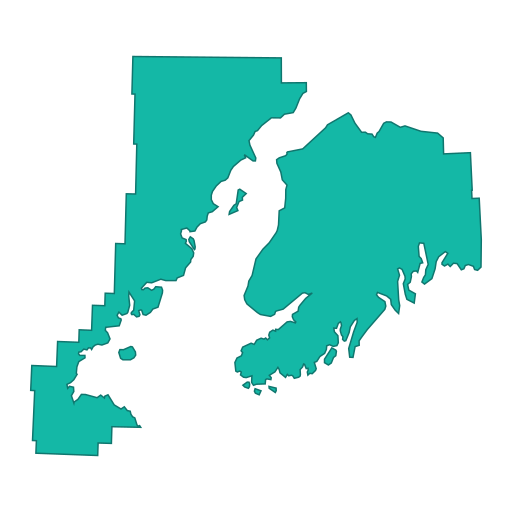 outline of Kenai Peninsula, Alaska, United States of America
{"feature_id": "52423323B64721050065013", "entity_name": "Kenai Peninsula", "entity_type": "district", "adm_level": 2, "iso_a3": "USA", "parent_name": "United States of America", "parent_adm1": "Alaska", "projection": "albers", "projection_center": [-151.789, 60.039], "detail": "fine", "context": "isolated", "style": "filled", "palette": "teal", "viewbox_px": 512, "rotation_deg": 0, "n_neighbors": 0, "source": "geoboundaries", "source_scale": "gbopen_adm2", "svg_char_len": 6084}
<svg xmlns="http://www.w3.org/2000/svg" viewBox="0 0 512 512"><path d="M470.4,152.7L443.6,153.9L443.2,137.9L437.6,133.1L421.0,131.3L405.0,125.9L400.3,127.3L391.0,122.0L386.4,121.9L383.7,123.3L379.0,131.6L377.2,133.1L375.4,137.4L373.7,136.7L372.0,134.1L367.6,133.8L365.4,132.2L361.6,132.3L354.9,123.1L350.9,114.9L348.3,112.8L327.5,124.8L325.6,127.8L302.7,148.9L287.5,151.9L286.9,152.5L287.0,154.2L285.7,155.7L279.3,157.8L276.6,159.7L276.9,163.3L280.8,172.0L282.3,179.8L287.0,185.1L285.8,189.6L285.7,198.3L284.7,207.9L279.2,210.8L278.5,225.0L277.2,230.6L276.1,232.8L269.3,242.7L262.9,249.2L256.0,258.9L252.1,275.5L248.8,281.1L248.0,286.0L244.1,295.5L244.7,299.7L246.9,303.9L257.3,312.5L260.4,314.5L270.6,316.4L274.6,314.3L275.5,311.6L276.3,311.0L283.2,309.1L302.4,293.1L305.0,292.7L308.3,294.4L312.3,293.0L305.7,298.4L300.0,305.2L298.7,307.2L298.1,311.2L292.5,314.4L292.3,316.7L293.6,319.8L295.8,321.9L295.4,322.9L290.4,321.4L287.1,321.9L278.3,329.6L275.7,329.3L275.6,331.2L272.9,330.1L269.7,332.2L268.8,335.1L269.6,337.9L267.4,339.8L265.7,338.0L264.0,339.1L261.1,338.2L256.7,340.2L254.2,344.4L251.1,343.2L242.7,347.1L241.1,350.8L242.6,352.6L241.4,355.8L237.0,358.0L234.9,362.5L235.8,371.1L237.3,372.0L239.8,371.1L241.3,372.1L240.5,374.9L243.5,377.2L246.2,377.6L251.9,375.8L251.6,382.4L253.5,385.3L256.5,384.2L265.2,383.9L265.6,379.6L266.8,378.9L270.9,379.6L271.2,377.7L269.3,375.3L274.9,371.9L277.9,367.4L279.2,369.5L280.0,372.8L285.5,377.4L287.3,374.4L288.7,375.8L291.5,375.2L292.8,375.9L294.3,378.3L298.7,377.2L300.1,376.1L300.4,374.5L300.1,369.6L302.6,366.9L303.6,364.0L304.5,364.3L306.2,368.6L308.0,368.3L308.2,370.2L307.3,372.0L307.9,375.1L309.8,373.3L312.2,373.7L315.5,370.5L316.2,368.7L314.3,362.4L316.8,361.4L319.9,356.5L324.6,353.4L326.4,349.4L326.7,345.8L329.6,344.7L333.3,346.4L336.9,345.6L338.3,342.8L337.9,335.7L334.4,331.8L333.8,328.1L336.5,328.3L338.3,323.4L340.4,321.8L341.1,323.1L341.5,325.7L340.3,329.2L340.3,330.9L341.5,335.0L342.9,336.7L342.6,339.4L344.3,341.1L345.8,340.7L349.1,332.6L350.3,326.8L354.4,320.4L357.0,318.6L357.2,322.2L353.6,332.0L348.7,348.5L349.7,357.2L353.0,357.4L355.1,346.6L359.2,345.3L359.1,340.8L362.2,336.4L367.4,329.4L384.8,309.4L385.8,306.1L384.9,301.6L378.5,297.3L376.5,294.8L377.5,292.4L386.6,295.9L390.7,299.3L391.3,304.6L395.2,310.2L398.6,313.5L399.7,305.6L398.7,299.9L397.6,281.4L399.5,275.2L397.6,268.9L399.4,267.9L402.1,269.4L405.0,276.3L405.2,279.0L403.3,283.7L405.3,294.3L406.9,299.3L414.2,303.1L415.4,293.8L408.8,290.1L407.6,284.4L410.2,282.2L411.4,276.7L411.2,273.8L413.4,271.2L416.5,271.0L417.7,272.4L420.1,263.4L422.7,262.8L421.2,258.6L419.1,256.4L418.3,246.4L419.5,242.9L423.8,243.3L428.2,264.4L425.8,269.7L425.4,274.9L423.7,277.4L421.9,282.0L424.5,284.1L431.9,278.6L435.1,268.8L436.2,261.6L438.7,256.7L445.3,251.6L447.8,253.3L442.0,262.7L442.0,264.3L444.5,266.0L447.9,264.1L450.2,266.5L453.5,263.2L457.1,263.6L461.3,269.8L463.9,268.8L465.3,265.5L468.4,264.5L473.4,266.3L474.6,269.5L477.6,270.3L481.0,267.1L481.3,239.7L479.2,198.2L472.0,198.5L471.6,190.2L472.2,190.2L470.4,152.7ZM35.9,453.2L97.7,455.5L98.1,443.0L111.4,443.4L111.9,426.7L140.7,427.3L139.6,425.6L138.2,426.2L137.0,425.0L134.8,417.9L132.6,416.8L130.9,414.2L130.2,411.2L127.3,410.6L124.3,406.8L121.0,409.0L114.2,404.9L108.0,394.8L104.8,396.2L104.4,398.0L100.7,395.1L97.1,397.7L85.4,394.5L81.4,394.4L77.9,399.4L74.1,402.0L73.9,403.1L71.4,395.7L73.8,391.5L73.5,387.2L69.5,386.3L67.7,388.3L66.9,384.4L70.6,382.6L73.8,379.7L77.1,374.3L76.3,373.4L76.9,366.8L78.8,361.6L85.0,357.8L84.9,355.4L79.8,355.4L78.5,353.8L78.8,352.1L81.0,351.8L83.8,349.1L87.0,349.9L88.4,347.9L90.6,347.9L91.6,349.5L93.1,346.8L95.3,345.0L97.9,344.2L101.9,345.0L107.8,342.9L110.0,338.9L107.6,332.8L105.3,330.3L105.7,327.3L119.2,325.8L121.2,320.0L120.8,318.7L118.4,317.9L117.1,315.3L118.9,312.1L122.1,315.2L126.9,313.5L127.8,312.3L129.7,305.2L128.7,296.0L129.0,292.1L134.6,300.9L133.7,310.2L131.4,312.5L131.2,313.7L131.8,314.6L133.8,314.4L136.6,316.9L139.1,316.3L139.9,314.8L138.7,310.6L140.8,309.9L141.7,310.3L143.1,314.5L146.0,315.2L150.4,312.4L152.9,309.0L158.0,307.2L162.4,292.9L162.6,290.2L161.5,287.2L155.7,286.7L153.8,289.2L151.6,290.3L147.8,287.8L145.0,288.1L143.4,289.7L141.9,289.6L141.4,288.2L146.8,282.3L151.7,282.8L160.8,279.2L165.8,280.6L176.0,280.6L177.2,277.9L183.5,275.4L185.6,267.8L190.6,262.0L190.8,259.6L193.2,256.3L193.7,252.9L191.8,248.7L185.4,243.3L186.3,241.3L186.1,239.6L182.1,237.9L180.6,233.9L181.5,230.8L181.3,229.5L186.8,228.0L189.8,230.7L190.0,231.7L194.9,231.0L197.0,227.1L200.3,223.7L205.4,221.9L206.8,219.9L207.2,216.1L208.3,212.9L212.3,211.7L218.1,206.7L213.3,203.7L211.3,199.6L211.3,195.2L212.5,191.4L216.3,185.9L221.1,181.4L225.2,180.2L227.8,177.9L230.8,170.3L233.4,166.5L240.8,160.1L245.6,157.8L244.5,155.4L244.8,155.0L253.0,160.9L255.4,160.9L255.8,158.0L249.9,145.1L249.0,140.6L253.5,135.1L255.1,131.5L257.5,130.6L261.6,125.6L271.4,117.8L280.5,117.9L284.4,114.2L293.2,112.6L295.9,108.1L299.6,98.8L302.9,93.4L306.4,91.5L306.3,82.7L281.4,82.9L281.3,57.9L132.9,56.5L131.9,94.0L135.0,94.1L133.7,144.0L136.8,144.1L135.6,194.0L126.3,193.8L125.0,243.8L115.7,243.5L114.3,293.5L105.2,293.2L104.8,305.7L92.5,305.3L91.6,330.3L79.2,329.8L78.8,342.3L57.6,341.5L56.6,366.5L31.8,365.5L30.7,390.4L34.7,390.6L32.5,440.5L36.4,440.7L35.9,453.2ZM119.9,349.6L118.8,352.5L120.6,358.3L122.9,359.8L130.4,359.8L133.9,357.8L135.7,355.1L135.4,351.9L132.4,346.9L130.8,346.5L123.5,349.7L119.9,349.6ZM229.6,211.5L229.1,214.4L237.9,210.6L236.6,207.5L239.1,201.5L242.5,200.1L242.3,197.3L246.2,193.6L239.8,189.2L238.2,190.0L236.2,203.8L233.9,205.3L229.6,211.5ZM324.5,359.2L324.5,362.7L328.4,365.0L331.3,363.0L333.5,357.5L335.8,355.7L336.4,351.3L335.8,350.1L331.8,347.9L324.5,359.2ZM188.8,239.4L189.3,241.7L194.4,249.6L194.9,249.1L195.2,246.9L194.0,240.4L193.2,238.8L190.3,236.8L188.8,239.4ZM247.2,382.1L242.9,385.2L244.7,387.0L248.4,388.3L249.4,386.8L249.7,384.1L249.0,382.2L247.2,382.1ZM255.1,388.7L254.4,391.2L255.4,393.2L259.2,394.8L261.0,390.8L255.1,388.7ZM269.0,386.4L269.2,388.3L275.3,392.5L276.2,390.7L276.1,388.1L269.0,386.4Z" fill="#14b8a6" stroke="#0f766e" stroke-width="1.5"/></svg>